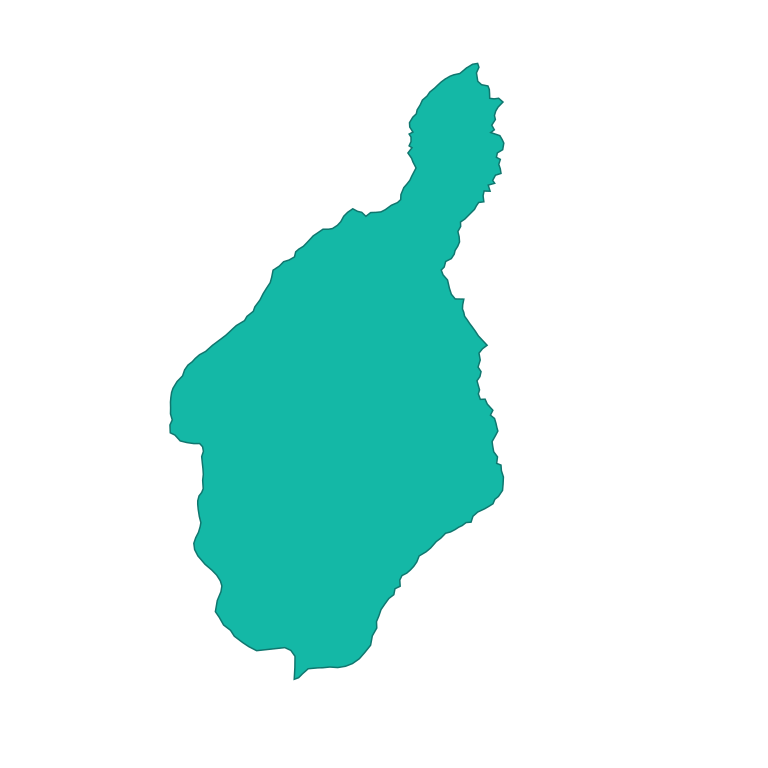 outline of Alexânia, Goiás, Brazil, rotated 230°
{"feature_id": "56859067B77264834644366", "entity_name": "Alexânia", "entity_type": "district", "adm_level": 2, "iso_a3": "BRA", "parent_name": "Brazil", "parent_adm1": "Goiás", "projection": "robinson", "projection_center": [-48.46, -16.12], "detail": "fine", "context": "isolated", "style": "filled", "palette": "teal", "viewbox_px": 768, "rotation_deg": 230, "n_neighbors": 0, "source": "geoboundaries", "source_scale": "gbopen_adm2", "svg_char_len": 3651}
<svg xmlns="http://www.w3.org/2000/svg" viewBox="0 0 768 768"><g transform="rotate(230 384 384)"><path d="M470.1,609.0L474.1,611.4L478.5,613.1L481.3,617.5L485.4,615.8L488.2,619.4L487.2,625.5L491.5,630.6L495.1,631.6L499.8,632.4L508.0,627.4L507.8,631.9L513.0,632.9L515.0,639.3L518.7,641.2L521.3,645.1L522.8,649.4L523.5,656.4L529.2,655.5L531.6,651.7L534.9,648.6L538.3,651.3L541.9,654.0L545.5,655.2L550.6,651.1L555.6,650.4L562.9,654.8L565.6,660.3L569.4,661.8L572.0,657.4L573.1,650.4L573.1,641.7L576.0,636.2L577.3,632.5L578.3,627.0L578.6,621.9L578.4,617.3L578.1,613.1L578.2,606.8L576.9,602.1L576.8,595.9L574.5,591.1L572.7,585.6L570.2,582.4L569.9,577.6L567.8,571.5L564.3,568.9L558.4,568.1L559.3,563.9L555.8,563.4L552.3,560.5L550.3,556.3L547.0,557.3L545.6,550.8L539.1,550.2L535.5,548.9L528.9,547.4L525.4,538.9L523.4,534.7L522.4,529.9L521.7,525.4L518.2,518.7L514.5,515.3L514.3,510.9L516.2,504.5L516.7,497.0L517.8,492.3L520.6,488.2L523.9,484.0L524.1,477.9L529.8,477.3L533.3,474.7L538.3,472.7L538.9,466.5L538.4,461.0L536.1,455.2L535.5,450.3L536.2,444.5L538.2,441.0L541.8,436.7L542.5,429.4L543.0,425.1L541.8,415.7L541.3,410.8L542.1,405.5L542.0,401.3L538.9,397.1L540.0,391.0L542.2,385.7L541.6,379.6L542.5,372.2L537.9,366.5L534.8,362.0L532.8,355.3L530.9,349.5L528.1,343.0L526.1,334.6L523.7,330.6L523.9,322.5L522.2,317.9L523.7,308.4L523.5,303.4L523.2,298.9L523.0,294.1L523.4,286.3L523.9,277.5L523.6,268.3L525.0,261.5L524.9,255.8L524.3,251.4L524.5,246.0L523.0,240.4L519.7,234.9L518.9,227.1L516.4,219.7L514.1,215.9L510.7,212.1L507.4,208.8L502.9,205.2L498.3,201.2L492.6,198.7L490.2,193.7L484.0,188.9L479.3,191.0L471.4,191.3L465.9,195.3L460.5,200.1L456.9,204.5L452.6,204.7L448.5,202.4L445.6,197.7L439.6,193.6L435.4,190.8L430.9,187.5L426.8,183.2L420.0,178.2L418.1,174.6L417.2,170.4L414.3,166.3L411.6,164.0L407.4,161.1L401.1,157.3L395.5,154.6L392.9,151.5L389.6,146.5L387.3,141.0L384.2,135.9L378.9,132.5L371.8,130.9L367.6,131.0L361.0,131.0L352.1,132.5L345.2,133.0L338.4,132.1L333.5,130.0L329.7,125.6L325.3,117.1L318.0,108.5L311.0,107.8L302.5,106.2L294.0,108.1L287.0,107.2L276.9,109.5L269.7,111.6L261.6,115.0L245.8,138.6L239.8,141.4L232.6,140.8L224.0,133.4L215.5,125.4L213.9,129.8L214.4,135.2L214.6,142.9L208.9,151.1L206.0,154.7L202.0,160.6L196.5,166.3L192.5,173.1L190.1,180.2L189.4,188.5L190.7,196.8L192.5,205.8L198.6,213.2L201.7,221.6L206.8,225.5L209.6,230.9L213.1,236.7L214.8,242.7L216.6,249.9L216.3,256.1L220.1,260.8L218.7,266.4L223.7,270.1L225.7,274.6L224.5,279.9L224.6,284.8L225.2,289.6L226.6,294.7L229.7,300.4L228.4,308.4L228.4,314.3L229.7,322.8L229.4,328.6L230.1,335.2L227.9,339.9L226.8,344.9L226.3,349.1L225.3,352.9L225.1,357.8L222.2,361.9L225.5,367.1L225.7,373.4L223.7,380.9L222.9,385.5L222.2,390.5L224.4,394.8L224.3,399.4L226.3,406.4L230.7,410.8L236.0,415.7L242.1,418.2L246.7,421.5L250.8,419.3L255.2,424.1L261.6,424.5L266.8,427.5L270.4,429.8L273.0,436.7L274.8,441.0L278.1,442.5L281.7,444.4L286.5,446.5L291.7,445.5L293.9,450.5L302.2,450.2L307.4,451.7L310.3,447.9L315.8,449.9L318.1,453.4L322.3,455.3L326.7,457.3L328.0,462.2L331.1,466.3L336.5,466.9L340.5,473.1L346.6,476.6L347.7,482.1L347.4,487.9L354.7,487.5L360.2,487.2L365.8,487.9L371.3,488.3L375.4,488.5L379.8,489.0L384.1,489.3L387.7,491.2L391.0,492.3L394.0,495.1L397.7,499.7L403.4,493.2L409.5,493.3L415.2,495.6L422.8,499.5L429.7,499.4L434.5,501.1L434.9,505.3L438.2,510.0L436.8,516.2L438.3,521.2L440.6,524.3L442.1,529.0L444.3,533.2L448.5,536.2L453.3,538.6L455.4,544.0L458.9,546.7L458.4,552.0L458.9,557.5L459.6,565.6L461.1,569.3L462.2,573.2L459.4,577.6L464.5,580.9L467.5,584.7L463.5,589.2L469.4,591.7L466.6,597.8L470.1,598.1L472.3,603.6L470.1,609.0Z" fill="#14b8a6" stroke="#0f766e" stroke-width="1.5"/></g></svg>